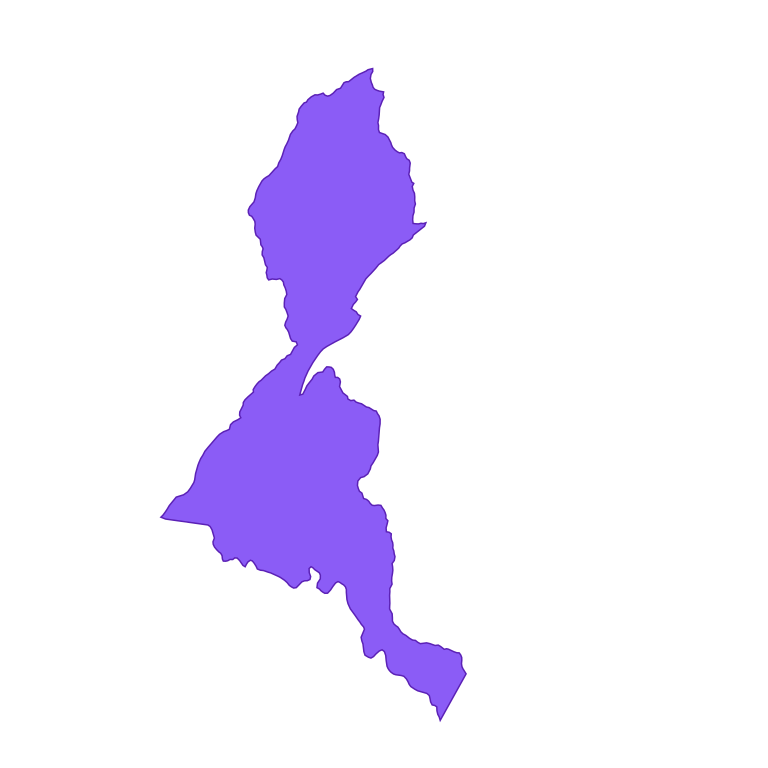 outline of Itacarambi, Minas Gerais, Brazil, rotated 205°
{"feature_id": "56859067B37702825751960", "entity_name": "Itacarambi", "entity_type": "district", "adm_level": 2, "iso_a3": "BRA", "parent_name": "Brazil", "parent_adm1": "Minas Gerais", "projection": "equal_earth", "projection_center": [-44.154, -15.206], "detail": "fine", "context": "isolated", "style": "filled", "palette": "violet", "viewbox_px": 768, "rotation_deg": 205, "n_neighbors": 0, "source": "geoboundaries", "source_scale": "gbopen_adm2", "svg_char_len": 6171}
<svg xmlns="http://www.w3.org/2000/svg" viewBox="0 0 768 768"><g transform="rotate(205 384 384)"><path d="M187.1,156.0L192.3,159.4L194.0,160.9L195.6,163.3L196.7,166.4L198.0,169.0L199.9,170.8L202.2,172.1L204.4,171.2L207.3,170.9L213.4,170.9L215.4,170.5L217.3,169.0L221.6,170.0L224.5,170.3L227.2,168.6L232.7,168.1L236.0,167.4L241.4,164.0L244.4,164.2L247.1,164.9L249.9,164.0L253.4,164.3L258.0,165.4L261.3,165.6L264.1,166.6L266.4,168.2L268.8,169.6L270.9,169.9L273.6,170.7L276.1,172.6L277.6,175.7L279.5,179.2L283.8,182.4L284.9,184.9L286.0,187.7L289.6,194.8L290.9,198.2L292.3,201.0L292.1,206.0L293.9,208.8L295.3,212.2L296.3,216.0L297.3,219.0L298.9,221.9L300.8,224.7L300.1,228.4L301.1,232.2L302.9,234.3L304.6,236.9L306.7,239.0L307.8,241.8L309.2,244.0L311.2,245.8L313.0,248.4L314.1,251.3L316.7,251.8L319.4,251.1L321.3,254.5L322.0,258.5L322.7,261.7L325.5,262.9L326.8,265.9L328.6,267.9L330.8,269.8L333.0,271.0L335.5,272.7L338.2,271.8L341.3,269.8L343.4,269.1L346.0,269.9L348.3,271.3L351.0,272.0L354.1,271.6L357.9,275.8L360.9,276.4L362.9,278.2L365.2,280.8L366.7,285.0L365.6,289.3L362.9,291.6L360.7,295.7L360.5,301.2L361.2,304.3L360.6,308.0L359.9,316.4L360.3,320.0L363.9,326.4L364.9,329.8L369.6,342.4L370.7,346.2L372.6,350.4L375.1,353.1L377.1,354.2L379.6,356.2L382.1,355.6L387.7,356.3L390.2,355.7L396.0,356.6L398.6,356.1L401.6,355.8L404.4,356.7L407.1,354.9L410.4,355.2L411.9,357.3L417.5,358.6L423.2,362.9L424.4,367.5L426.3,369.8L428.8,370.4L430.9,369.4L432.4,371.2L433.9,373.7L436.2,375.9L438.8,376.8L441.1,376.2L443.2,375.3L444.1,372.3L444.6,369.0L448.7,366.4L451.0,361.6L451.2,357.9L452.3,353.5L453.1,349.8L453.1,345.4L453.3,340.5L455.7,338.4L457.5,349.0L457.8,352.9L458.2,355.9L458.3,363.8L457.5,373.4L456.2,381.6L455.2,386.3L453.9,390.2L451.6,394.0L446.5,401.1L440.6,408.7L437.2,413.7L436.0,417.2L435.2,421.1L434.6,425.1L433.8,432.0L433.9,435.7L437.0,436.0L439.7,437.7L442.6,438.0L445.5,438.6L445.4,443.2L444.4,446.3L443.8,449.4L446.7,451.2L446.5,456.7L446.0,459.3L444.9,471.7L443.8,475.1L442.5,478.7L440.4,485.4L439.3,490.0L435.9,496.1L433.7,501.8L432.5,504.2L431.0,506.5L428.1,513.3L427.7,515.9L426.7,518.7L424.7,520.8L423.0,523.3L421.4,525.6L420.2,528.4L420.4,531.4L414.0,544.1L414.2,547.8L416.2,546.0L418.4,545.3L420.3,543.7L422.7,542.7L425.5,541.8L427.4,544.9L428.9,548.7L429.4,552.4L431.1,556.2L431.6,560.4L433.6,563.0L435.2,566.6L437.0,569.7L439.6,571.9L441.9,575.0L441.8,578.4L444.1,578.7L450.2,584.6L450.9,587.9L452.1,590.6L453.6,595.3L455.7,597.4L458.6,597.8L460.4,599.1L462.9,601.3L465.7,601.3L467.7,600.0L470.1,600.1L472.9,600.7L476.2,602.1L478.3,603.9L479.9,605.7L484.8,609.5L488.4,610.6L494.4,610.0L496.5,612.2L498.2,616.0L500.0,618.3L500.9,622.0L502.1,625.8L504.8,632.7L504.9,635.7L505.2,639.4L505.1,643.7L507.2,646.0L507.8,648.6L511.9,647.5L514.6,647.2L517.1,647.2L519.3,648.3L521.0,650.2L523.0,652.0L525.5,655.1L526.6,659.0L526.3,662.5L527.6,665.1L531.3,662.1L532.6,659.9L535.0,657.0L537.4,654.3L540.7,649.3L543.8,643.1L546.0,641.9L547.6,640.2L548.4,633.7L551.4,630.8L552.9,626.2L554.8,622.8L556.7,621.1L559.4,620.8L562.1,621.9L564.0,619.9L566.3,617.9L568.8,616.9L571.3,613.5L573.1,609.6L573.4,606.7L575.2,605.0L576.4,600.7L577.1,597.3L576.4,594.5L575.9,589.8L574.3,586.8L572.5,584.4L572.4,581.0L572.5,577.6L573.6,574.8L574.3,570.7L573.6,564.5L573.6,560.3L573.8,557.3L573.6,554.4L572.7,547.9L572.5,544.0L572.8,539.9L572.3,536.1L573.6,533.1L576.3,524.3L578.1,521.7L579.5,519.2L580.4,516.5L580.9,509.9L580.9,505.4L580.5,502.3L579.3,498.2L578.8,494.1L580.5,488.1L580.5,484.3L579.3,481.9L577.3,480.1L574.8,480.1L572.6,478.8L569.8,476.8L568.3,474.4L567.0,470.6L564.8,467.2L562.8,464.8L557.3,462.9L554.4,458.1L552.4,457.0L550.7,455.4L550.3,452.6L549.0,449.5L546.3,447.7L541.8,442.0L539.0,440.3L538.3,437.7L537.8,435.1L536.2,433.2L534.7,430.9L532.5,429.6L529.7,431.9L525.7,433.3L522.9,435.5L520.6,435.1L518.3,433.9L516.7,431.5L514.1,429.3L511.8,426.8L509.9,424.0L510.1,419.5L508.6,415.3L506.9,411.7L504.6,410.2L502.1,407.8L499.6,405.1L499.2,401.7L499.3,398.6L498.7,395.3L496.7,393.5L494.7,392.5L492.3,390.7L487.9,385.7L485.3,384.1L481.4,385.1L479.0,382.9L480.7,379.3L481.2,371.3L483.7,368.7L484.5,365.0L487.0,362.4L487.7,359.3L488.8,355.9L489.2,351.4L491.4,348.2L492.9,344.7L494.8,341.4L496.9,335.5L498.2,333.3L499.1,330.5L499.8,327.2L500.2,323.7L498.9,321.5L501.8,315.0L503.3,311.0L503.7,307.8L502.7,305.3L502.9,297.7L501.7,294.7L499.5,292.9L501.2,290.1L504.5,286.0L505.9,282.3L505.0,277.6L507.0,275.2L509.2,273.0L511.8,268.9L513.0,265.4L516.6,252.5L517.9,247.4L518.1,242.7L518.6,239.0L518.5,234.7L518.3,231.8L516.9,223.2L515.1,217.2L514.7,214.4L515.4,207.8L516.3,203.3L518.8,198.9L524.5,193.7L527.2,183.1L527.6,178.9L528.2,175.1L528.9,171.7L529.9,169.0L524.9,169.3L484.1,181.8L481.4,181.4L478.3,179.2L472.6,172.7L472.3,168.7L471.0,166.5L468.7,164.6L465.6,163.1L462.6,162.0L460.5,161.6L458.2,160.0L456.5,157.1L454.8,155.6L452.6,156.5L450.9,157.8L449.4,159.9L446.9,161.0L445.8,163.3L443.5,164.2L440.3,163.0L435.2,160.0L432.6,159.7L432.5,162.6L432.1,165.3L430.6,167.8L428.5,168.0L425.7,166.6L422.8,164.7L420.6,162.8L417.4,163.0L414.4,164.0L409.4,164.5L407.0,164.9L398.3,165.0L396.2,164.9L391.2,164.1L387.9,163.1L384.7,161.5L382.1,161.0L379.6,160.9L377.4,162.4L374.8,170.0L372.8,172.1L370.4,173.3L368.5,175.5L369.1,178.5L372.0,181.4L373.9,185.1L372.9,187.6L370.7,187.4L368.4,186.5L362.9,185.6L360.9,183.9L359.4,180.5L360.1,175.4L358.7,171.1L355.8,170.9L353.8,170.0L351.5,169.5L349.2,169.3L346.7,170.6L345.4,174.7L344.7,179.2L343.8,183.2L342.2,185.5L339.9,185.5L337.9,185.1L335.7,184.9L333.3,183.9L331.3,181.9L330.1,179.3L326.5,173.0L323.8,169.7L319.5,166.0L312.6,162.2L307.5,159.2L305.3,158.1L303.0,156.6L299.8,155.2L298.1,153.5L297.7,144.8L295.5,141.8L293.2,139.5L289.1,132.9L286.6,130.2L282.6,129.8L280.0,130.1L278.3,132.5L277.2,136.0L275.4,140.1L273.4,142.3L270.6,141.7L267.7,138.7L265.1,134.2L261.9,129.4L260.0,127.8L258.0,126.6L255.7,125.7L252.7,125.2L250.4,125.5L245.2,127.1L242.5,127.5L239.1,126.2L236.5,124.4L234.2,122.4L231.8,121.1L227.1,120.4L223.8,120.2L214.4,121.7L211.3,120.8L209.3,118.3L207.4,115.6L204.7,113.5L202.2,114.1L199.7,113.7L197.9,110.2L195.6,107.3L193.3,105.6L190.9,102.9L187.1,156.0Z" fill="#8b5cf6" stroke="#5b21b6" stroke-width="1.5"/></g></svg>